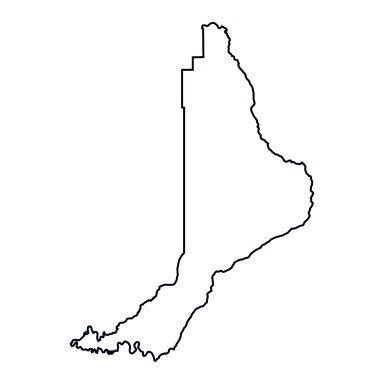 outline of Alto Alegre dos Parecis, Rondônia, Brazil
{"feature_id": "56859067B30978738760138", "entity_name": "Alto Alegre dos Parecis", "entity_type": "district", "adm_level": 2, "iso_a3": "BRA", "parent_name": "Brazil", "parent_adm1": "Rondônia", "projection": "mercator", "projection_center": [-61.96, -12.573], "detail": "fine", "context": "isolated", "style": "outline", "palette": "ink", "viewbox_px": 384, "rotation_deg": 0, "n_neighbors": 0, "source": "geoboundaries", "source_scale": "gbopen_adm2", "svg_char_len": 5982}
<svg xmlns="http://www.w3.org/2000/svg" viewBox="0 0 384 384"><path d="M70.8,343.3L70.9,344.5L71.2,345.2L72.0,346.2L72.9,345.9L73.8,345.0L76.0,342.1L76.8,342.3L77.2,343.5L76.5,346.7L77.9,348.0L79.1,347.4L80.5,346.9L81.3,347.7L81.8,349.1L83.2,349.7L84.2,349.7L85.5,349.4L86.4,349.5L87.5,350.3L88.8,350.4L89.4,349.2L90.6,348.7L92.8,349.6L91.4,351.1L91.8,352.2L93.1,351.7L94.6,349.5L95.8,350.8L96.0,352.3L97.1,352.9L97.6,351.5L97.8,349.0L98.4,347.9L101.5,349.6L102.0,351.2L103.1,352.4L104.3,352.2L104.9,350.8L106.3,349.6L107.1,350.0L107.6,352.2L108.7,353.8L110.6,353.7L109.5,352.6L109.2,351.2L110.3,351.4L111.6,352.0L112.5,353.2L113.3,352.5L112.4,351.4L113.8,351.3L115.0,350.7L117.6,350.9L117.7,349.1L118.2,346.9L117.7,345.6L117.8,344.1L118.2,343.2L119.0,342.7L120.3,343.1L121.2,344.1L122.0,344.4L123.1,343.4L123.8,342.2L124.6,341.6L126.0,341.5L128.3,343.0L129.7,345.2L130.1,347.1L129.6,350.0L130.0,352.4L131.3,353.4L132.5,353.3L134.8,351.6L135.9,350.3L136.1,349.0L135.1,347.5L134.4,346.1L134.4,344.8L135.1,343.3L135.8,342.6L136.8,342.1L138.0,342.2L139.0,342.9L139.1,344.0L138.3,346.4L138.3,347.9L140.8,351.3L141.6,351.5L143.1,352.3L143.0,354.9L143.9,356.0L145.5,355.4L147.7,352.1L149.3,351.8L150.6,352.2L151.8,353.2L152.7,354.9L153.7,357.1L154.4,360.3L155.3,361.0L156.2,360.2L157.0,358.9L158.6,358.2L159.6,356.0L161.0,354.7L162.4,354.1L163.7,353.9L164.6,353.3L165.5,353.8L166.3,353.8L167.3,352.8L168.3,352.5L168.8,351.8L169.1,349.7L170.4,348.7L171.5,348.6L173.1,348.9L173.9,349.4L174.5,348.0L174.7,346.8L176.0,345.9L176.5,344.2L178.7,341.0L180.1,338.3L180.8,335.9L181.1,333.4L183.2,330.0L183.8,328.3L185.2,326.9L185.9,325.9L186.6,324.3L186.9,322.8L187.3,322.0L188.9,319.4L191.0,316.6L192.3,313.6L194.1,311.7L195.3,309.8L196.1,309.0L199.5,307.4L200.5,306.6L202.3,306.5L203.2,306.0L205.2,304.1L205.7,303.0L206.5,302.7L207.0,302.1L207.1,299.7L207.7,297.1L207.7,296.1L207.2,294.3L208.5,292.6L211.4,290.9L211.4,290.0L210.9,287.7L211.5,286.4L212.2,286.0L213.0,284.9L213.1,284.1L212.5,279.0L212.2,277.9L212.6,276.3L213.2,275.2L214.2,274.4L214.7,273.3L215.5,272.2L216.4,271.4L217.5,271.6L218.9,271.6L220.8,270.7L222.9,271.9L224.1,271.8L229.8,269.1L231.4,267.9L232.2,266.7L232.5,265.9L233.8,264.2L233.9,263.2L234.4,262.5L235.3,262.3L235.9,261.6L238.1,260.5L240.6,259.5L241.9,259.6L242.8,259.4L245.1,258.2L246.5,258.0L248.4,257.3L249.5,255.9L250.7,253.9L256.4,249.6L257.6,249.4L258.4,248.6L260.4,247.9L262.0,245.6L263.0,244.8L264.6,244.4L266.3,243.0L268.4,241.8L269.1,241.5L271.0,239.4L275.5,237.4L282.9,235.3L283.8,234.9L284.5,234.3L287.8,232.8L291.7,228.6L293.3,228.7L295.7,228.1L299.9,226.0L301.6,225.5L302.7,225.3L303.4,224.8L304.4,222.4L307.5,219.5L309.4,216.6L309.6,215.4L308.6,212.9L309.8,210.4L310.2,208.3L311.4,206.8L312.7,204.0L312.6,202.6L311.4,202.0L311.1,200.9L311.2,199.3L310.9,198.0L311.5,196.7L312.2,196.0L312.3,195.0L313.0,194.2L313.2,193.1L312.8,192.3L311.4,191.3L310.7,190.6L311.2,186.7L312.0,184.4L312.3,181.9L310.9,178.6L310.9,177.1L310.6,176.3L309.1,176.0L307.5,174.1L306.6,173.5L306.1,172.5L305.2,169.9L305.4,166.9L305.3,166.1L303.4,163.8L302.0,162.5L300.4,164.1L295.9,163.7L294.3,162.4L293.0,162.0L291.4,162.3L290.8,160.6L289.5,160.4L287.5,161.5L285.7,161.7L284.2,160.8L283.3,158.8L282.5,158.0L282.0,157.2L280.5,156.2L279.1,155.8L277.8,154.8L276.8,154.4L275.3,154.4L274.2,153.3L272.3,152.0L270.7,150.0L269.1,149.1L268.5,147.8L267.8,145.6L267.8,144.5L268.1,143.5L265.7,141.8L264.9,140.5L264.2,140.0L262.0,139.2L261.0,138.5L260.7,136.8L260.7,135.3L258.5,132.6L258.3,131.7L258.4,130.1L259.0,129.0L258.6,127.9L257.5,126.8L258.6,124.8L257.1,122.1L257.0,120.3L256.2,119.5L255.6,118.3L255.0,117.8L253.8,116.0L252.0,112.3L251.4,110.8L251.1,109.0L251.6,107.3L253.6,105.2L254.4,104.1L254.6,102.6L253.9,100.7L253.6,98.9L253.6,92.9L253.1,91.3L253.1,90.4L252.8,89.5L252.7,88.0L251.9,86.4L250.2,84.1L249.5,82.2L248.6,80.5L246.9,78.9L245.6,76.7L245.7,75.9L245.4,74.5L244.1,72.7L243.1,71.9L241.6,69.9L240.6,69.3L240.2,68.4L239.3,67.7L239.2,66.8L238.5,66.0L238.4,64.5L238.9,63.5L238.3,62.6L237.4,60.1L234.7,59.5L234.1,58.4L233.9,56.7L233.1,56.1L232.0,56.0L231.6,54.8L228.8,52.3L228.6,51.5L228.6,49.9L228.8,48.6L228.5,47.1L228.6,46.0L229.6,44.2L229.1,42.8L229.2,41.4L229.8,40.3L229.7,38.7L228.8,38.0L228.2,37.2L227.9,35.9L227.2,35.3L226.8,33.5L225.2,32.5L225.2,31.1L226.5,30.9L226.7,29.9L226.5,29.1L224.6,27.8L221.9,26.4L221.3,27.2L219.9,28.2L218.5,27.9L217.7,26.0L216.5,24.7L214.3,23.1L212.6,23.0L211.3,23.2L210.1,23.8L209.1,24.8L207.5,26.0L206.7,26.1L205.7,25.5L204.4,25.3L203.1,25.3L202.4,26.1L202.0,28.1L203.1,28.6L203.4,57.1L192.8,57.3L192.8,69.8L182.1,69.9L182.1,107.4L184.1,107.7L184.1,252.7L181.3,256.2L179.7,259.0L179.0,260.7L177.4,268.6L177.5,272.4L177.8,274.7L176.9,278.0L176.7,279.8L175.5,282.4L174.2,284.1L173.5,284.7L169.4,284.9L165.2,284.7L163.3,285.1L162.4,285.6L159.5,286.8L159.4,289.0L158.4,290.0L157.5,290.5L157.1,291.5L156.1,295.9L154.4,297.7L153.6,297.5L152.7,299.2L151.1,300.2L150.6,300.9L149.6,300.2L148.7,300.2L148.1,300.9L147.0,301.1L146.2,302.0L145.4,302.1L143.5,303.6L143.0,304.4L141.3,304.8L140.4,305.9L140.6,307.8L139.9,309.7L139.4,310.4L139.1,311.7L137.7,312.5L137.6,313.9L137.2,314.7L136.4,315.5L135.7,315.9L134.6,316.0L133.9,316.8L131.7,318.4L128.0,318.5L126.9,319.1L126.0,320.9L125.2,321.6L123.1,322.7L120.8,322.8L119.7,323.2L119.0,323.7L118.7,325.4L117.4,326.2L116.6,327.3L116.6,328.2L117.7,328.9L116.9,329.9L116.2,331.3L116.0,332.3L115.1,332.9L112.9,332.8L112.1,333.8L110.5,333.9L109.4,334.4L107.8,334.9L106.2,334.8L104.9,334.1L104.1,332.4L103.5,332.9L103.3,334.1L103.9,335.9L103.2,337.1L101.4,336.6L100.4,337.4L100.0,340.1L98.3,341.0L97.3,338.9L97.2,336.7L97.6,334.8L97.3,332.7L95.8,331.8L94.5,332.1L94.0,332.9L93.0,332.7L92.6,331.3L91.7,330.1L91.5,328.2L90.5,326.5L88.4,326.7L88.0,327.5L87.7,330.0L87.9,331.2L88.4,332.4L87.5,333.8L85.8,334.3L85.1,333.4L85.6,332.3L84.3,333.0L84.1,335.4L83.5,336.3L80.3,339.5L79.1,340.2L77.5,340.2L76.1,339.8L74.9,339.7L72.9,340.4L72.3,341.4L72.0,342.7L70.8,343.3Z" fill="none" stroke="#020617" stroke-width="2"/></svg>